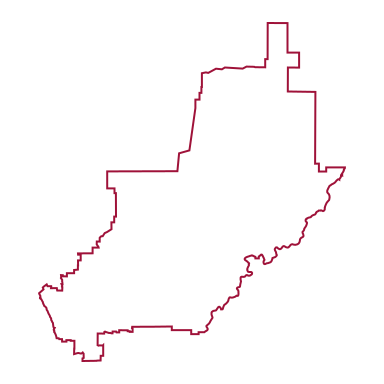 outline of Chapman Valley, Western Australia, Australia
{"feature_id": "25037944B4139819915576", "entity_name": "Chapman Valley", "entity_type": "district", "adm_level": 2, "iso_a3": "AUS", "parent_name": "Australia", "parent_adm1": "Western Australia", "projection": "orthographic", "projection_center": [115.126, -28.272], "detail": "fine", "context": "isolated", "style": "outline", "palette": "rose", "viewbox_px": 384, "rotation_deg": 0, "n_neighbors": 0, "source": "geoboundaries", "source_scale": "gbopen_adm2", "svg_char_len": 5903}
<svg xmlns="http://www.w3.org/2000/svg" viewBox="0 0 384 384"><path d="M287.5,23.1L267.7,23.0L267.6,59.1L265.2,59.1L265.2,67.3L255.1,67.2L254.2,66.8L246.5,66.6L242.7,68.6L224.9,67.5L221.9,69.3L216.0,68.7L208.4,72.8L208.2,72.9L205.9,72.4L201.9,73.2L201.9,87.0L201.4,87.0L201.4,92.9L199.5,92.9L199.5,99.6L195.4,99.6L195.4,108.1L189.4,150.4L179.1,153.3L177.4,171.2L107.2,171.4L107.2,188.4L114.5,188.4L114.5,193.1L115.9,193.1L116.0,216.6L114.2,216.6L114.2,222.3L111.4,222.3L111.5,229.2L107.1,232.0L104.7,233.1L102.7,236.2L101.5,236.2L101.2,236.3L99.9,237.5L99.7,237.8L99.7,241.6L96.8,241.5L96.7,244.3L97.1,245.0L98.4,246.8L98.6,247.6L92.6,247.6L92.6,253.3L78.0,253.4L78.1,254.7L80.7,254.7L80.7,260.4L78.0,260.4L78.1,265.4L77.9,265.4L77.9,269.6L74.1,270.0L74.1,273.2L66.9,273.2L66.9,276.4L62.8,276.3L62.8,275.2L61.0,275.1L61.2,277.2L60.9,278.0L62.2,279.9L62.2,280.2L62.1,281.3L62.3,282.0L62.5,284.1L61.5,284.1L62.2,285.7L62.3,287.1L62.1,287.1L62.2,287.5L62.3,288.3L62.2,290.6L57.2,290.5L56.8,288.1L51.0,288.2L51.1,287.6L51.3,287.2L51.2,286.2L47.5,286.2L46.7,284.4L44.0,286.4L42.8,287.5L43.5,289.4L39.1,293.2L39.4,294.2L40.3,295.7L40.4,296.9L40.3,297.1L40.0,297.4L40.0,297.7L40.1,297.8L40.4,297.4L40.5,297.5L40.8,298.5L40.5,298.7L41.4,299.4L42.2,301.0L42.6,301.6L42.9,302.2L42.9,302.9L43.2,303.3L43.4,304.1L43.6,304.3L44.3,306.0L45.4,306.7L46.5,308.1L46.6,309.4L46.8,310.0L47.5,310.9L48.5,313.5L49.8,315.7L50.0,316.8L50.9,318.0L51.2,318.8L51.2,319.8L51.3,320.2L51.6,320.7L52.0,321.2L52.2,322.0L52.9,322.9L53.4,326.9L53.8,327.4L53.9,328.0L54.6,328.0L54.3,328.7L54.2,328.6L53.8,329.4L53.7,329.8L53.8,330.1L54.4,331.0L54.4,331.4L54.1,331.9L54.2,332.1L54.8,332.8L55.7,334.7L56.3,336.6L56.6,338.2L58.8,338.3L59.2,339.1L62.0,339.1L62.1,341.6L62.3,341.6L66.4,341.6L66.4,340.1L70.7,340.1L70.7,340.8L74.4,340.8L74.4,348.6L74.2,348.6L74.1,354.1L77.5,353.1L78.5,353.0L80.6,353.5L81.3,353.5L81.8,353.3L82.7,352.5L83.1,353.1L83.6,353.6L83.7,357.9L82.5,358.4L82.5,361.0L96.7,360.8L97.0,360.6L100.6,360.5L100.7,355.8L103.2,355.8L103.2,345.1L102.9,345.4L102.4,345.5L99.6,345.4L98.3,345.7L97.7,345.7L97.6,345.9L97.7,333.5L104.2,333.6L104.3,332.0L105.0,331.6L105.3,331.8L109.0,333.0L110.3,332.9L111.3,333.3L112.5,333.3L112.6,331.5L116.1,331.5L116.5,332.4L119.2,332.4L119.2,330.2L127.7,330.3L127.7,331.2L129.7,331.2L129.7,331.9L132.6,331.9L132.6,328.6L132.0,328.2L132.2,326.8L154.9,326.7L171.8,326.5L171.8,330.1L191.2,330.1L191.2,334.1L198.6,334.1L198.6,332.2L204.4,332.2L204.9,331.7L207.3,330.2L207.7,329.3L207.7,328.9L207.4,328.1L206.6,326.9L206.4,326.3L206.5,325.8L209.0,323.6L209.8,322.4L210.7,320.6L212.5,317.8L212.4,317.1L211.6,314.8L211.5,313.9L211.6,312.4L212.0,311.8L213.3,310.9L215.6,310.5L216.1,310.3L218.2,307.2L218.9,306.8L219.5,306.8L220.3,307.6L220.8,308.3L221.1,309.4L222.5,309.3L222.8,308.9L223.4,306.8L224.2,305.0L226.2,303.5L227.7,301.8L228.2,300.9L228.7,298.9L229.4,297.6L230.0,297.3L231.1,297.6L232.3,297.6L233.3,297.4L235.4,296.6L236.5,295.7L237.3,295.9L237.9,295.8L238.3,295.2L238.5,293.9L238.4,291.2L238.2,290.3L237.4,289.5L237.0,288.8L236.9,288.4L237.1,287.9L237.5,287.5L239.4,287.0L239.7,286.9L240.0,286.4L240.3,284.3L241.0,281.4L240.6,279.7L240.6,277.8L240.9,277.1L241.8,276.7L243.3,276.9L244.7,276.7L245.3,276.2L245.9,275.4L246.5,275.1L247.4,275.2L248.3,275.7L249.7,275.7L251.3,274.7L251.7,274.4L252.0,273.9L252.1,273.0L251.7,272.3L251.1,272.0L249.2,272.0L248.2,271.8L247.9,271.5L247.5,270.7L247.2,269.9L247.4,269.5L247.3,268.8L247.6,267.9L247.8,267.6L247.9,267.2L248.9,265.4L248.9,264.5L248.7,264.1L248.8,263.9L249.1,263.6L249.1,263.3L247.0,261.3L245.1,260.0L244.7,259.3L244.7,258.8L244.9,258.3L246.0,257.4L246.6,257.1L247.7,256.7L249.3,256.2L250.3,255.8L251.9,255.5L252.0,255.4L252.4,255.6L252.7,255.6L252.9,255.8L253.6,256.0L254.3,256.5L254.7,256.5L255.4,256.9L255.4,258.4L258.8,258.4L258.8,256.5L259.2,256.3L259.9,255.6L260.1,255.6L260.3,255.5L260.7,255.1L261.0,254.7L261.6,254.6L261.9,254.7L262.6,255.6L262.7,256.1L263.0,256.4L263.1,256.8L263.6,257.6L264.0,258.9L264.4,259.5L264.3,260.4L263.7,261.0L263.5,261.9L263.6,262.9L264.0,263.8L264.8,264.1L265.3,264.0L266.7,263.3L268.1,263.1L270.3,262.3L271.0,261.8L271.5,261.1L272.3,259.1L272.4,258.3L272.5,258.0L275.1,257.1L276.1,256.3L276.7,255.5L276.8,255.1L276.6,254.5L276.3,254.1L276.0,252.2L275.0,250.3L274.8,249.7L274.8,249.1L275.0,248.7L275.8,247.6L276.1,247.4L277.0,247.4L278.2,248.5L279.4,249.1L280.2,249.1L281.3,248.5L282.6,246.7L283.3,246.2L283.8,246.1L284.6,246.3L285.7,247.1L287.1,247.5L288.0,247.5L288.5,247.3L288.8,246.9L289.2,246.7L290.7,244.8L291.6,244.4L292.2,244.2L294.0,244.7L295.5,244.8L297.4,244.3L298.5,243.6L299.0,243.0L299.5,242.1L299.8,241.0L300.0,239.4L300.5,238.5L301.4,237.7L302.8,237.0L303.4,236.3L303.5,235.6L303.1,233.9L302.6,233.0L302.5,232.0L303.7,230.6L304.1,229.8L304.3,228.6L305.5,226.9L306.1,225.9L306.6,224.6L307.0,223.1L306.9,222.4L306.1,221.7L305.7,221.1L305.6,220.3L305.8,219.4L306.1,219.1L306.5,219.1L306.6,218.6L308.4,217.7L310.6,217.2L310.9,217.0L311.6,216.1L312.4,215.5L313.7,214.9L314.8,214.6L315.4,214.1L315.9,213.2L316.0,212.8L316.3,212.6L316.6,211.9L318.2,211.1L318.8,210.5L320.4,210.6L320.6,210.4L321.3,210.4L323.0,211.1L323.8,210.8L324.6,209.8L324.8,209.0L324.7,207.8L325.0,207.2L325.0,206.7L325.9,204.4L326.8,202.6L327.9,201.3L329.1,200.0L329.3,199.2L329.6,197.4L329.5,195.8L328.9,194.2L327.6,192.8L327.2,192.0L327.3,190.4L328.4,188.0L329.6,185.8L330.6,185.3L331.6,184.4L332.6,184.0L333.6,183.4L334.5,182.9L335.5,181.9L336.5,180.6L337.2,180.0L338.1,179.3L339.0,179.4L339.3,179.6L339.3,179.2L340.5,177.6L341.3,176.0L341.7,175.7L342.1,175.7L342.0,175.4L342.2,175.1L342.2,174.8L341.5,175.5L341.0,175.5L341.0,175.2L343.4,171.5L343.8,170.5L343.7,170.4L343.9,169.5L344.3,169.0L344.3,168.9L344.8,168.4L344.9,167.4L326.2,167.4L326.2,171.5L318.9,171.5L318.9,163.6L315.1,163.7L315.4,91.9L287.8,91.5L287.9,67.5L299.1,67.6L299.1,52.6L287.5,52.6L287.5,23.1Z" fill="none" stroke="#9f1239" stroke-width="2"/></svg>